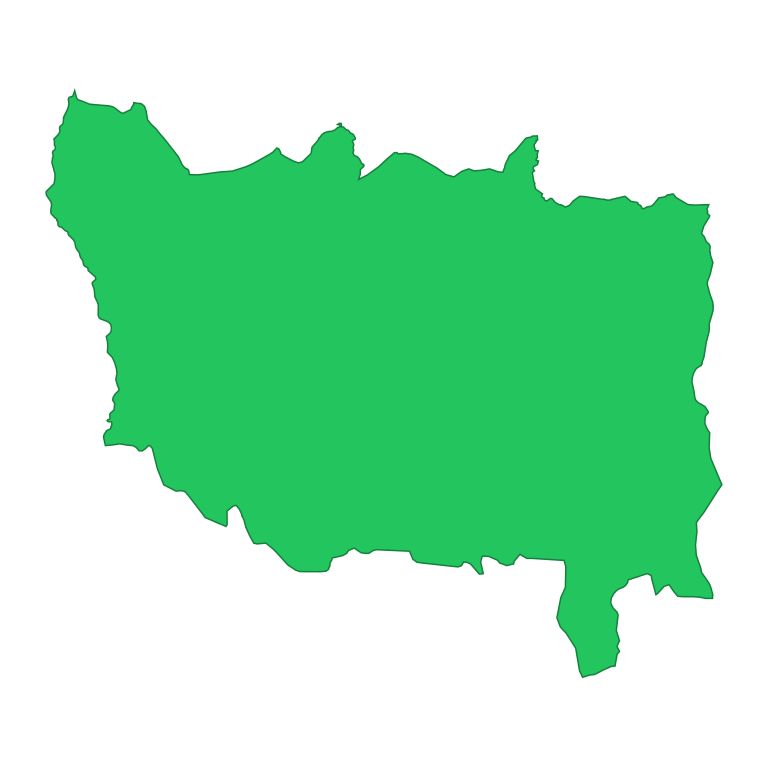 Kapanga, Katanga, Democratic Republic of the Congo
{"feature_id": "63176286B41140464701712", "entity_name": "Kapanga", "entity_type": "district", "adm_level": 2, "iso_a3": "COD", "parent_name": "Democratic Republic of the Congo", "parent_adm1": "Katanga", "projection": "orthographic", "projection_center": [22.662, -8.489], "detail": "fine", "context": "isolated", "style": "filled", "palette": "green", "viewbox_px": 768, "rotation_deg": 0, "n_neighbors": 0, "source": "geoboundaries", "source_scale": "gbopen_adm2", "svg_char_len": 6046}
<svg xmlns="http://www.w3.org/2000/svg" viewBox="0 0 768 768"><path d="M708.8,204.6L694.9,205.1L689.2,204.7L687.4,204.3L676.0,197.5L675.0,196.1L673.1,193.9L670.2,194.4L669.7,195.0L667.6,194.8L664.9,196.9L658.8,197.8L653.5,204.4L650.9,206.3L647.5,206.8L643.7,208.6L642.2,208.4L640.7,205.5L638.4,204.5L637.5,202.5L631.0,201.4L627.5,198.3L625.0,196.3L610.8,199.6L610.3,200.1L607.1,200.1L603.8,199.2L602.4,199.3L583.9,196.5L579.7,196.3L573.3,200.9L569.5,205.3L565.4,207.1L561.2,204.8L558.5,204.5L554.9,202.1L551.9,198.5L550.5,198.4L547.3,200.6L545.7,200.8L544.2,199.5L544.0,198.0L542.1,197.2L541.6,195.6L542.5,193.9L535.8,189.2L534.4,184.9L534.9,183.8L533.8,181.4L532.3,172.4L534.5,170.9L533.2,169.1L533.1,167.9L533.7,166.6L537.4,164.6L538.5,161.0L536.1,160.2L536.0,159.4L537.5,157.6L537.1,154.9L538.3,150.8L535.4,150.6L534.3,146.5L534.2,144.6L536.4,141.5L536.2,140.3L537.7,140.0L537.3,135.9L532.3,136.1L531.1,137.1L527.1,137.8L525.6,138.5L515.4,150.7L509.4,155.7L505.4,164.1L504.5,167.9L502.8,172.3L498.1,171.8L489.6,168.9L481.3,170.3L474.3,170.9L468.8,168.9L461.8,171.3L454.0,176.9L445.9,174.6L437.4,168.3L417.8,156.9L411.8,154.3L405.5,153.3L400.5,153.8L398.2,153.9L397.0,152.6L394.5,152.6L386.7,159.3L378.4,167.0L367.6,174.8L358.6,179.5L360.3,174.1L360.4,169.4L363.3,166.9L364.0,165.6L363.5,164.3L362.0,164.0L359.5,159.1L357.1,156.5L354.6,155.8L353.6,154.5L353.0,151.9L353.8,150.5L353.0,147.5L353.8,144.9L353.4,143.3L352.3,141.3L353.2,140.2L355.1,139.3L355.3,138.0L353.2,134.3L350.3,132.9L348.4,130.3L346.1,129.7L343.4,127.0L342.1,126.9L341.5,126.4L341.4,123.9L340.9,123.3L339.2,123.4L337.6,124.5L339.6,124.9L340.4,126.8L337.8,127.4L334.9,130.0L331.5,131.3L327.8,131.6L324.0,133.0L322.0,134.5L320.2,137.0L319.1,137.8L318.2,140.1L312.0,147.3L311.1,153.4L302.4,161.9L298.6,162.8L294.5,161.6L285.5,157.0L280.7,153.9L280.6,152.3L278.7,148.7L276.8,148.0L272.9,152.2L268.6,154.9L251.9,164.2L245.5,166.9L232.4,171.1L219.6,172.0L202.9,174.3L197.6,174.9L189.4,174.6L188.8,170.8L187.8,169.3L184.9,167.9L182.1,164.8L180.2,160.4L178.1,156.4L165.2,139.9L162.6,136.8L160.2,134.1L155.7,128.5L153.2,126.2L151.0,124.1L147.5,119.7L146.2,111.1L144.4,106.2L141.1,103.6L135.9,103.1L133.8,102.6L133.8,104.1L131.2,108.2L131.2,109.4L122.8,113.4L120.3,112.2L115.5,108.5L112.8,106.8L108.6,105.8L99.8,105.1L89.8,104.2L88.3,103.7L82.9,101.4L78.2,99.9L76.7,98.3L74.7,90.7L72.8,96.2L69.1,97.4L68.3,99.2L68.9,102.9L68.5,106.3L67.3,109.8L63.6,117.2L63.2,123.0L62.6,124.4L60.0,126.3L59.5,128.0L60.0,131.2L59.2,133.0L58.2,134.6L53.9,139.1L54.4,140.8L54.4,145.3L55.3,146.4L55.3,148.9L54.5,150.1L53.0,151.0L52.5,153.0L53.1,154.9L53.0,157.3L52.6,157.6L51.9,162.5L55.0,174.0L54.9,179.1L54.0,183.8L53.3,184.5L46.3,191.4L46.1,192.6L46.3,194.6L47.0,196.0L51.2,202.2L51.2,203.5L51.6,204.7L50.7,211.0L51.1,213.7L52.5,215.1L54.9,217.8L57.0,219.1L56.7,220.3L57.9,222.0L58.1,225.4L59.5,226.8L61.5,227.1L65.0,230.5L67.7,231.9L68.6,235.1L73.0,239.3L74.9,242.3L75.5,246.4L76.6,249.1L79.3,252.7L80.3,257.0L82.8,260.7L83.6,264.8L84.9,266.3L87.8,267.7L88.2,270.6L94.9,276.5L95.8,278.1L95.5,279.7L92.7,282.0L92.1,283.6L94.2,289.2L94.9,297.0L97.7,302.8L98.3,305.1L98.2,315.3L98.7,316.8L99.2,317.7L100.1,318.7L108.1,321.8L110.4,324.0L111.1,325.7L111.4,327.8L111.1,331.1L110.1,333.1L106.3,336.5L107.5,341.9L107.8,345.6L107.4,352.3L112.3,357.4L114.6,362.3L116.5,368.9L117.0,373.2L115.8,379.4L117.5,385.6L119.0,388.7L118.8,390.5L115.3,393.9L113.1,397.4L112.7,400.2L114.7,403.4L114.0,410.1L110.5,413.0L109.8,414.2L110.0,418.4L109.4,419.2L107.5,419.9L107.1,420.7L107.9,421.6L111.3,421.9L111.8,422.6L111.7,425.3L110.9,426.6L111.0,427.9L110.3,428.9L106.6,430.6L104.0,434.8L103.5,437.0L105.4,445.6L113.3,444.8L119.8,443.8L125.9,444.9L133.1,445.7L136.2,447.4L139.1,450.8L142.2,450.9L145.5,448.7L148.4,445.6L150.1,445.7L152.3,448.4L157.5,469.0L163.8,484.9L176.0,491.1L180.7,490.7L183.8,491.0L186.0,492.6L189.0,496.3L198.8,509.0L205.3,517.6L218.7,523.4L223.7,525.4L226.0,526.5L227.1,524.7L227.1,518.6L227.0,511.1L232.8,506.3L235.7,505.3L237.0,506.2L239.4,509.3L241.7,514.2L241.8,515.6L243.9,519.7L245.9,527.3L249.6,535.6L253.8,543.2L257.2,543.9L265.9,543.1L273.2,549.1L276.4,552.3L288.1,565.2L295.7,570.1L300.0,571.6L320.6,571.7L326.1,571.1L328.6,569.3L328.9,567.7L329.8,566.4L330.1,562.9L331.8,559.9L332.2,558.0L342.7,555.6L346.6,553.4L348.6,550.5L354.2,548.1L361.0,552.7L365.3,553.4L368.8,553.3L373.5,550.4L376.8,549.7L409.5,551.2L412.9,559.3L416.9,562.2L422.2,563.0L457.9,566.9L461.5,565.7L463.6,562.0L467.2,562.4L470.7,564.1L479.3,574.1L483.3,573.7L480.6,561.9L482.3,556.1L488.8,556.4L497.5,560.2L499.7,563.0L506.9,565.6L510.5,564.6L513.6,564.0L514.2,561.2L520.0,554.3L521.3,555.2L526.9,558.4L532.4,558.4L563.9,560.4L564.6,562.0L565.8,567.0L565.4,587.4L560.8,597.7L556.9,617.7L560.4,627.1L566.3,633.4L575.7,648.1L579.5,670.7L582.6,677.3L589.4,675.1L594.7,674.5L603.6,669.8L611.3,666.4L615.0,666.1L617.1,654.3L619.5,651.5L617.0,646.4L619.5,640.8L616.3,630.5L618.1,615.1L617.1,612.2L613.3,608.3L611.8,605.6L610.7,602.6L611.4,597.8L613.8,593.6L615.8,591.3L618.0,589.4L623.8,586.9L625.8,585.2L627.5,582.6L628.2,579.9L647.1,573.6L651.2,575.5L651.8,579.0L655.9,594.7L657.4,593.7L664.2,586.3L669.1,584.7L673.8,591.6L677.8,596.3L682.8,596.7L692.4,596.7L699.2,597.1L705.7,598.4L712.5,598.4L712.7,594.3L710.5,586.5L708.7,582.7L701.5,572.4L700.8,568.3L696.3,555.3L695.5,544.9L696.9,532.0L696.4,522.5L699.1,518.7L703.9,512.4L718.2,490.0L721.9,484.8L710.8,458.4L709.1,447.8L709.7,432.6L707.7,430.0L705.7,425.7L704.8,422.7L705.2,417.0L706.0,415.2L708.3,412.8L708.2,411.7L705.0,406.6L698.0,402.5L695.6,399.9L694.8,397.4L694.2,392.5L691.9,381.6L692.5,376.9L693.8,372.8L695.5,369.6L697.2,367.8L701.3,365.3L702.2,363.5L701.9,362.7L703.9,357.3L706.3,342.2L708.9,332.2L709.4,328.1L709.1,324.4L713.0,310.8L713.2,305.9L712.7,302.0L710.0,294.3L707.4,284.9L707.3,282.0L710.3,273.9L712.9,262.6L710.6,255.7L709.8,250.0L710.2,246.7L709.0,244.0L706.3,241.7L704.3,236.8L701.9,234.0L701.7,232.7L703.9,225.9L709.3,217.0L709.7,215.8L707.2,213.1L707.7,211.6L706.9,209.3L708.8,204.6Z" fill="#22c55e" stroke="#15803d" stroke-width="1.5"/></svg>